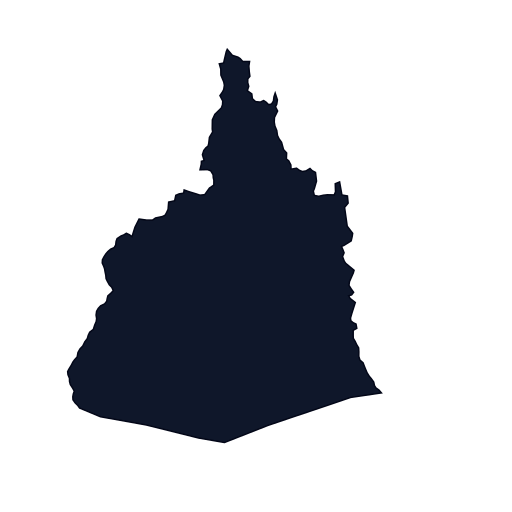 outline of Monteiro, Paraíba, Brazil, rotated 104°
{"feature_id": "56859067B82633114024292", "entity_name": "Monteiro", "entity_type": "district", "adm_level": 2, "iso_a3": "BRA", "parent_name": "Brazil", "parent_adm1": "Paraíba", "projection": "mercator", "projection_center": [-37.158, -7.889], "detail": "fine", "context": "isolated", "style": "filled", "palette": "ink", "viewbox_px": 512, "rotation_deg": 104, "n_neighbors": 0, "source": "geoboundaries", "source_scale": "gbopen_adm2", "svg_char_len": 2966}
<svg xmlns="http://www.w3.org/2000/svg" viewBox="0 0 512 512"><g transform="rotate(104 256 256)"><path d="M417.6,203.6L405.5,184.8L383.6,150.5L370.3,129.9L358.5,101.2L356.3,104.3L355.0,107.7L353.1,109.7L349.8,111.3L347.1,114.5L345.3,117.0L342.4,120.0L339.2,122.4L337.0,124.0L333.7,126.3L331.8,130.0L328.5,132.0L324.2,133.0L320.3,134.2L317.5,137.0L314.9,139.1L312.3,141.7L309.5,142.5L304.6,143.7L301.8,140.7L297.8,142.5L297.2,145.6L295.9,148.3L293.3,149.3L287.9,149.1L277.1,148.4L274.4,154.4L272.2,156.5L270.6,153.8L267.6,152.5L264.8,155.8L262.0,158.7L258.2,159.1L249.0,157.5L246.1,157.4L241.4,167.2L239.7,169.1L235.6,171.9L231.6,171.3L229.0,173.1L226.0,175.4L224.5,173.3L218.3,167.3L213.7,167.4L210.6,167.7L205.0,174.7L187.4,181.8L182.4,179.4L175.6,181.8L176.0,187.4L163.9,192.8L166.7,196.6L174.5,194.4L177.8,194.9L179.3,201.5L180.7,205.3L182.9,209.6L183.1,214.1L179.1,216.1L176.6,215.7L168.7,215.4L160.5,218.5L159.6,222.2L158.0,224.8L161.3,228.0L162.8,231.4L162.4,234.5L161.0,237.9L163.3,243.0L159.2,244.2L155.7,247.3L154.5,250.0L148.6,251.2L146.1,255.0L139.5,258.7L136.6,262.1L133.9,264.3L129.2,266.2L125.3,269.1L121.6,270.7L117.1,271.6L110.1,270.1L106.5,273.2L103.7,272.6L99.3,273.0L93.3,276.8L97.0,277.1L101.5,276.6L104.8,277.7L106.1,280.4L104.3,283.4L103.3,286.2L105.6,289.0L106.3,293.8L104.2,297.6L99.7,299.3L97.7,304.4L93.1,304.1L89.7,306.0L86.1,306.8L83.1,305.4L78.8,307.1L73.4,308.9L68.8,309.3L70.5,315.9L68.3,319.1L67.4,321.6L67.0,327.5L62.4,333.9L64.9,334.3L73.1,334.2L76.6,334.1L78.4,338.1L83.1,335.4L89.0,333.8L94.9,329.4L98.0,328.0L102.2,327.6L104.9,328.2L109.1,329.8L113.6,325.8L117.3,325.1L120.7,325.4L128.5,330.2L134.4,331.3L143.4,329.2L146.1,328.1L152.1,329.9L158.2,329.1L160.9,329.1L163.1,330.8L166.2,332.2L170.7,332.5L175.9,329.4L177.3,331.9L180.1,331.3L185.9,331.2L183.9,323.9L184.3,320.5L187.5,317.3L190.4,316.4L192.7,315.2L197.4,314.1L201.3,317.6L208.9,320.6L210.5,325.1L210.2,329.1L209.8,336.8L209.3,341.7L212.5,341.4L214.3,345.6L216.5,348.5L222.1,348.3L224.8,353.8L232.0,352.6L236.1,353.4L238.6,354.2L240.4,356.5L243.4,362.7L246.2,365.1L247.6,370.7L248.4,378.4L257.3,380.4L267.2,381.0L266.0,383.9L265.3,387.3L267.6,389.5L269.1,391.7L272.7,395.0L275.6,395.3L279.3,394.8L282.2,395.7L284.5,398.7L287.5,400.8L290.3,402.2L293.5,403.3L296.8,404.1L300.0,403.5L302.8,401.3L305.1,399.8L307.9,398.6L311.0,397.1L314.2,396.0L316.5,394.1L319.4,391.4L321.2,388.4L324.1,386.1L327.0,387.7L330.5,390.1L333.2,390.1L336.0,389.9L339.1,391.3L341.9,394.7L345.0,396.4L348.2,397.3L352.0,396.9L355.3,395.5L358.3,395.2L362.0,395.8L366.6,396.1L370.1,398.9L373.5,399.6L376.9,399.7L380.6,401.3L385.2,402.3L388.7,404.3L392.7,405.4L397.2,405.1L400.5,406.9L403.2,408.0L406.7,408.8L411.1,410.2L413.7,410.8L416.7,409.7L419.8,407.4L422.8,406.6L425.6,405.1L428.6,401.9L431.1,399.6L434.0,399.9L436.9,399.7L439.8,398.8L442.3,395.9L444.1,392.8L446.2,390.4L449.6,368.1L446.5,321.7L446.5,267.6L444.6,241.5L417.6,203.6Z" fill="#0f172a" stroke="#020617" stroke-width="1.5"/></g></svg>